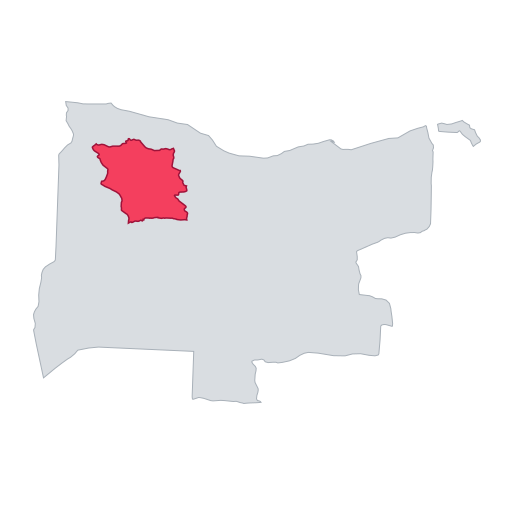 location of Huíla within Angola, rotated 92°
{"feature_id": "AGO-1891", "entity_name": "Huíla", "entity_type": "Province", "adm_level": 1, "iso_a3": "AGO", "parent_name": "Angola", "parent_adm1": "", "projection": "equal_earth", "projection_center": [15.141, -14.853], "detail": "fine", "context": "in_parent", "style": "filled", "palette": "rose", "viewbox_px": 512, "rotation_deg": 92, "n_neighbors": 0, "source": "natural_earth", "source_scale": "10m", "svg_char_len": 7418}
<svg xmlns="http://www.w3.org/2000/svg" viewBox="0 0 512 512"><g transform="rotate(92 256 256)"><path d="M402.1,245.9L402.6,250.2L403.0,256.1L403.4,260.3L403.7,262.2L403.8,263.2L403.4,264.3L403.0,266.9L402.3,269.1L401.9,270.7L402.2,273.6L401.6,282.1L401.5,286.3L402.3,293.9L402.1,296.2L400.1,303.1L399.5,306.6L399.4,308.4L401.3,313.5L401.2,314.5L399.6,314.8L398.3,314.9L353.5,314.9L352.6,402.7L352.5,410.2L353.8,420.0L356.3,430.7L357.4,431.7L360.0,433.7L363.6,437.7L365.6,440.8L369.7,446.1L375.2,452.8L385.2,464.1L351.3,472.6L338.3,475.6L337.2,475.6L335.2,474.4L331.1,474.2L326.2,475.8L322.3,476.3L319.5,475.5L316.7,474.1L314.0,472.0L309.3,471.3L302.6,471.8L296.1,471.4L289.9,470.1L285.4,469.5L282.7,469.8L279.9,469.3L276.8,468.2L274.2,466.1L271.2,461.9L268.8,457.8L268.2,457.2L267.4,456.6L266.6,456.4L253.3,456.2L171.9,456.1L162.4,456.7L161.7,456.6L160.5,456.1L159.7,455.2L157.0,452.9L154.7,451.1L151.6,448.2L149.5,444.9L147.8,443.9L144.7,443.3L142.4,442.7L140.6,442.6L137.3,444.1L134.8,445.7L133.1,447.1L130.0,448.8L127.4,450.5L122.9,450.2L122.0,450.5L119.5,450.4L117.1,448.9L114.7,449.0L112.1,450.9L108.3,451.6L109.1,439.5L110.0,434.2L109.9,427.8L109.3,411.1L108.6,408.9L108.2,406.2L110.5,404.1L111.7,402.6L113.3,399.8L114.5,396.0L115.8,387.4L120.6,367.8L122.9,348.5L125.9,339.3L127.0,329.0L135.2,315.8L137.3,307.6L141.6,303.6L147.7,299.4L152.0,291.8L154.1,286.5L156.5,276.5L156.5,265.9L158.0,251.9L157.6,247.8L155.3,242.2L154.9,238.2L152.8,234.2L150.5,231.3L149.4,226.0L145.5,217.6L144.4,212.0L142.5,207.9L142.2,203.0L141.2,197.7L139.2,192.5L137.3,186.6L137.3,184.8L138.5,182.5L139.6,181.8L139.2,182.9L138.5,184.2L138.7,185.3L146.0,174.9L146.5,172.8L146.3,170.5L146.2,167.7L146.5,164.5L139.5,145.3L133.9,127.4L133.0,118.3L125.6,106.4L122.7,98.7L121.1,93.3L119.8,91.2L120.3,90.2L122.2,89.9L126.4,88.6L132.1,87.3L137.4,84.1L138.9,82.7L141.7,82.4L144.5,83.3L145.6,82.7L146.2,82.6L153.0,82.6L155.8,82.4L160.9,82.5L164.2,82.7L166.1,83.1L171.1,83.6L177.4,83.5L179.7,83.2L187.9,83.0L203.4,82.7L211.5,82.7L217.7,82.7L220.5,83.9L223.1,86.0L224.2,88.0L224.8,88.8L225.5,90.9L226.9,92.5L227.4,95.0L227.0,98.4L227.2,102.6L228.0,107.4L229.7,112.4L232.3,117.7L233.4,121.8L233.1,124.9L233.9,128.2L235.8,131.7L237.2,133.5L238.0,134.9L240.1,140.2L247.2,154.9L248.2,155.7L249.8,155.4L253.1,154.8L256.3,154.7L258.6,156.0L259.5,155.7L263.0,153.2L266.5,152.5L270.2,151.4L272.0,150.4L274.2,150.4L280.2,152.4L281.3,152.5L286.1,152.5L290.9,151.4L291.6,142.9L291.7,141.2L292.8,138.0L294.3,135.2L294.5,132.6L294.4,128.9L295.5,124.5L298.7,121.0L304.0,119.4L306.9,119.0L311.6,118.1L318.7,117.1L321.3,117.2L321.5,117.7L320.0,123.8L320.0,125.8L320.5,127.8L321.7,128.9L335.8,129.1L349.4,129.8L350.1,130.1L350.7,130.5L351.6,133.6L351.3,139.5L350.0,148.1L350.5,156.1L352.7,163.6L352.9,175.1L350.9,190.5L350.5,200.3L351.5,204.4L353.7,208.7L357.0,213.1L359.6,218.9L361.4,226.0L362.1,230.5L361.5,232.3L361.6,235.5L362.1,240.1L361.4,243.1L359.6,244.5L358.9,246.6L359.8,250.5L360.0,254.0L361.3,256.4L362.1,256.5L364.0,255.3L366.3,252.9L368.1,251.9L370.7,252.0L374.2,252.7L380.5,252.9L382.5,252.5L388.4,249.3L389.9,249.1L392.2,249.4L395.5,250.3L398.8,250.5L400.5,249.5L400.6,248.2L401.2,246.6L402.1,245.9ZM138.9,42.5L138.5,43.0L135.9,44.5L133.0,45.8L129.3,51.3L127.4,53.7L126.8,54.3L125.1,55.6L123.8,56.8L123.9,57.4L124.7,58.1L125.6,59.3L125.5,68.3L125.1,77.2L124.7,77.9L122.3,78.2L119.1,78.9L118.1,79.2L117.7,78.4L116.7,75.1L117.3,72.1L117.9,69.8L117.2,65.1L115.6,60.9L113.8,55.6L113.3,54.6L114.8,52.9L116.9,49.1L117.8,47.2L120.3,46.8L121.3,45.4L121.9,43.2L122.2,42.0L125.0,40.9L128.4,39.1L130.3,37.1L132.2,35.8L133.5,35.7L134.3,36.3L136.4,39.8L138.3,42.0L138.9,42.5Z" fill="#d9dde1" stroke="#a8b0b8" stroke-width="1"/><path d="M222.4,326.4L222.2,328.2L222.2,328.9L222.3,329.6L222.6,332.3L222.6,332.7L222.3,336.3L222.2,336.4L221.9,337.2L221.9,337.4L221.8,337.9L221.7,338.2L221.6,339.1L221.6,339.6L221.5,340.0L221.2,340.7L221.1,341.1L221.1,341.3L221.1,341.5L221.2,342.1L221.1,347.5L221.4,348.3L221.4,348.5L221.4,348.9L221.3,349.1L221.2,349.4L221.2,349.7L221.3,350.2L221.6,351.6L221.7,351.9L221.6,352.3L221.5,353.1L221.3,354.9L221.3,355.1L221.2,355.1L221.0,355.3L220.9,355.3L220.9,355.5L220.8,355.9L221.2,358.8L221.3,359.2L221.7,360.2L221.8,361.0L221.9,361.5L221.8,361.8L221.8,362.0L221.8,362.3L221.8,362.6L221.9,363.4L221.9,363.9L221.8,364.2L221.8,364.7L221.8,367.4L221.8,367.5L221.9,367.8L222.0,368.1L222.5,368.8L223.1,369.3L223.7,369.4L223.5,369.9L223.4,370.1L224.1,370.2L224.4,370.3L224.6,370.5L224.8,370.7L224.9,370.9L224.6,371.0L224.4,371.8L224.3,372.0L224.2,372.2L224.3,372.5L225.2,374.1L225.4,374.7L225.5,375.5L225.3,377.3L225.3,378.0L225.5,378.5L226.0,379.4L226.2,379.7L226.2,379.9L226.4,380.1L226.6,380.4L226.7,381.0L226.8,381.1L226.8,381.5L226.4,381.8L226.3,382.0L226.4,382.6L226.6,383.1L227.6,384.7L224.9,384.6L223.7,384.3L223.0,384.3L222.1,384.4L219.9,385.4L218.7,386.4L218.2,387.4L215.3,391.7L214.8,392.1L212.9,392.1L212.2,392.2L211.2,392.5L207.1,392.4L206.6,392.2L205.8,391.9L205.5,391.8L203.5,392.1L202.8,392.3L201.1,393.4L200.4,393.7L198.7,395.0L196.8,397.8L194.8,402.3L193.7,404.1L191.7,409.4L190.5,411.4L189.8,412.8L189.3,413.3L188.8,413.4L186.7,412.9L186.5,411.6L186.2,410.8L185.9,410.3L184.8,409.4L182.2,408.3L178.9,407.2L177.8,407.1L177.2,407.2L176.1,407.2L175.6,407.1L174.5,407.0L174.0,407.4L173.7,407.7L170.9,411.6L170.5,412.1L168.0,413.9L165.8,414.9L164.7,415.2L164.3,415.4L163.9,416.0L163.2,417.3L162.7,417.8L162.2,418.0L161.9,417.9L161.5,417.6L161.1,417.1L160.6,416.5L160.1,416.3L159.4,416.6L158.7,417.5L156.9,420.6L156.4,421.3L155.7,422.0L154.8,422.6L153.3,423.3L152.8,423.3L151.6,422.1L151.1,421.3L149.5,419.6L150.0,419.2L150.2,418.9L150.6,417.5L150.5,416.5L149.9,414.6L149.8,413.9L149.9,413.1L150.0,412.2L150.2,411.4L151.9,407.5L152.1,406.7L152.1,405.8L151.2,403.0L151.0,396.5L150.2,394.8L149.4,394.3L148.9,393.8L148.4,393.2L148.2,392.4L148.0,390.5L147.9,389.9L147.5,389.4L147.0,389.7L146.4,390.1L145.9,390.2L145.5,389.7L145.4,388.9L145.2,388.2L144.7,387.9L143.6,387.8L143.2,387.4L143.2,386.8L143.6,386.3L144.5,385.6L144.7,385.1L144.7,384.6L143.7,382.5L143.7,381.8L143.9,381.4L144.4,380.2L144.5,379.7L144.3,377.3L144.6,376.5L145.0,375.8L145.5,375.4L146.0,375.3L146.5,374.8L150.9,370.7L151.6,369.8L152.0,369.0L152.5,367.5L152.7,366.8L152.7,366.0L153.0,364.2L154.2,361.3L153.8,356.1L153.4,355.5L152.9,355.2L152.4,354.4L152.3,353.8L152.5,352.7L151.8,349.9L152.2,348.0L152.5,347.1L152.7,346.7L152.8,345.8L152.6,345.1L152.3,344.4L151.9,343.9L151.7,343.3L151.3,342.3L153.9,341.1L154.5,341.2L155.3,341.5L155.8,341.8L156.5,342.1L157.2,342.2L158.4,342.2L160.2,341.6L160.8,341.6L161.2,341.6L162.3,342.2L162.9,342.3L163.8,342.3L169.0,343.1L170.3,342.5L171.0,341.1L172.7,336.8L173.1,336.1L173.2,335.6L173.2,334.7L173.9,334.5L174.3,334.6L175.2,335.1L177.1,336.1L178.1,336.2L180.4,335.1L181.0,334.7L181.6,334.0L182.5,332.7L183.7,331.6L184.7,331.8L185.3,331.8L187.9,330.3L188.4,327.9L189.5,328.3L192.6,327.4L193.3,327.5L194.0,328.7L194.3,329.6L194.5,330.4L194.8,334.3L195.1,335.0L195.6,335.4L196.7,335.4L197.2,335.5L197.7,335.7L197.9,336.4L197.9,337.1L197.9,338.6L198.0,339.3L198.3,339.5L198.6,339.6L200.5,338.2L200.9,337.6L201.7,336.2L203.7,334.8L207.8,329.0L208.8,327.8L209.2,327.7L209.7,327.7L210.1,327.9L211.0,329.0L211.6,329.3L212.1,329.3L213.1,329.0L213.4,328.7L214.5,326.8L215.0,326.3L215.6,325.9L216.4,325.9L217.1,326.2L219.2,326.3L220.1,326.6L220.9,326.7L222.4,326.4Z" fill="#f43f5e" stroke="#9f1239" stroke-width="1.5"/></g></svg>